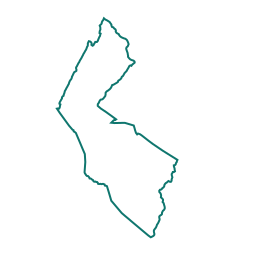 Cansanção, Bahia, Brazil, rotated 218°
{"feature_id": "56859067B78734570227472", "entity_name": "Cansanção", "entity_type": "district", "adm_level": 2, "iso_a3": "BRA", "parent_name": "Brazil", "parent_adm1": "Bahia", "projection": "mercator", "projection_center": [-39.43, -10.77], "detail": "fine", "context": "isolated", "style": "outline", "palette": "teal", "viewbox_px": 256, "rotation_deg": 218, "n_neighbors": 0, "source": "geoboundaries", "source_scale": "gbopen_adm2", "svg_char_len": 4082}
<svg xmlns="http://www.w3.org/2000/svg" viewBox="0 0 256 256"><g transform="rotate(218 128 128)"><path d="M214.5,199.6L214.0,197.7L214.0,196.2L213.7,195.2L213.1,194.1L213.0,193.1L213.3,192.2L213.3,191.2L212.0,190.5L211.0,189.3L210.4,188.6L210.0,187.2L209.4,186.0L208.8,185.2L207.7,185.5L207.2,184.2L206.7,183.2L206.6,182.0L206.2,180.5L205.9,179.4L205.4,177.9L205.5,176.6L206.8,175.7L206.6,174.6L206.5,173.3L206.2,171.9L206.6,171.0L208.0,171.0L208.7,172.3L209.8,172.8L210.9,172.9L212.3,172.3L212.0,170.8L211.6,169.7L210.9,168.9L210.3,167.9L210.2,166.7L209.7,165.3L209.3,164.0L209.2,162.6L209.0,161.5L208.8,160.3L208.7,159.0L208.3,157.5L208.2,156.6L207.9,155.1L207.7,154.0L207.6,153.0L207.5,151.9L207.3,150.8L207.0,149.8L207.0,148.7L206.8,147.7L206.6,146.6L206.3,145.3L206.2,143.8L205.6,143.0L204.4,142.1L203.9,141.2L204.2,140.1L204.7,139.2L204.6,138.0L204.3,136.7L203.9,135.1L203.8,134.0L203.3,133.2L203.0,132.3L202.8,131.2L202.9,130.2L202.7,128.8L202.2,127.2L201.7,126.0L201.6,124.7L201.3,123.5L201.1,121.8L200.7,119.9L200.5,118.2L199.7,116.5L199.2,114.8L198.6,113.7L199.0,112.6L198.9,111.5L198.2,110.6L198.1,109.4L197.9,108.1L197.7,106.8L197.5,105.8L197.0,104.9L195.8,105.0L195.3,103.7L194.5,102.3L194.2,101.0L195.3,100.2L195.9,99.5L190.8,97.8L175.8,93.5L170.8,92.5L169.5,92.7L168.7,91.9L167.0,92.1L166.0,92.0L155.9,86.4L152.7,84.6L146.0,80.9L140.7,74.9L135.0,66.4L134.0,65.7L133.1,65.5L132.1,65.1L131.0,64.9L129.9,65.5L128.5,65.3L127.2,64.6L126.4,65.2L125.3,65.3L124.4,65.2L123.4,65.4L122.4,64.8L121.5,64.9L120.6,65.8L119.7,65.9L119.0,66.4L118.0,66.2L117.2,65.6L116.2,66.1L115.4,67.0L114.5,67.3L113.3,68.6L111.7,69.1L110.8,68.4L109.8,68.9L108.8,69.2L103.8,65.7L96.4,60.4L80.6,57.1L76.5,56.9L70.2,56.7L68.8,56.6L45.9,55.8L42.8,55.9L42.1,57.3L41.5,58.7L41.5,60.0L42.0,60.8L43.3,61.8L44.1,62.6L44.6,63.4L44.7,64.8L44.7,66.7L45.1,68.3L45.6,69.6L45.7,71.4L46.0,72.8L46.3,73.9L46.5,74.8L47.0,75.7L48.1,76.5L48.9,77.6L48.7,79.1L48.3,80.0L48.2,80.9L49.1,82.3L49.5,84.2L49.2,85.8L49.5,87.2L50.3,88.2L51.3,89.0L52.2,89.6L53.6,90.7L55.2,91.0L55.6,92.2L56.4,93.2L57.7,93.5L59.4,93.6L60.1,94.9L60.8,95.6L61.7,96.3L62.8,96.7L63.8,96.8L64.7,97.7L64.8,99.0L64.1,99.7L63.8,100.8L63.9,101.8L63.5,102.8L63.5,104.2L64.2,105.4L64.4,106.6L64.3,107.9L63.9,108.8L63.7,110.0L63.5,111.1L62.5,111.3L61.6,111.5L61.0,112.2L61.2,113.3L62.0,114.4L62.3,115.3L62.7,116.5L63.7,117.2L64.5,117.8L65.2,118.6L65.3,119.8L65.6,120.9L64.7,121.6L64.3,122.8L65.5,123.8L66.3,124.7L67.3,125.4L68.3,126.1L68.9,126.8L68.2,127.6L68.0,128.6L68.6,129.8L68.6,131.0L69.0,131.8L69.4,133.3L85.8,131.6L86.9,131.5L98.7,130.7L104.1,130.6L106.8,130.6L110.7,130.6L112.5,130.6L114.6,130.5L116.7,129.8L116.9,128.6L118.8,129.1L120.1,130.0L120.9,130.5L122.6,131.8L125.0,133.5L133.7,130.1L134.7,129.3L141.8,123.5L144.4,121.9L144.2,123.5L144.1,124.6L143.8,125.7L143.0,126.4L142.7,127.5L154.8,127.1L161.4,126.6L165.4,126.8L166.1,127.6L166.5,128.4L166.5,129.7L166.8,130.9L167.1,132.3L167.0,133.5L166.1,134.4L165.6,135.8L165.6,137.5L165.6,139.2L166.4,140.8L167.3,141.9L167.4,143.2L167.2,144.2L166.8,145.1L166.6,146.0L166.3,147.2L166.2,148.1L166.2,149.4L166.6,151.0L166.9,152.2L166.1,153.1L165.8,154.0L165.3,155.2L164.7,156.7L164.3,158.1L164.8,159.3L164.4,160.4L164.0,161.7L163.9,163.0L164.4,164.5L164.0,165.9L164.1,166.9L164.3,167.9L164.5,169.2L164.3,171.0L164.2,172.3L164.5,173.6L164.6,174.8L164.8,176.2L165.1,177.6L164.7,178.8L163.6,179.1L163.7,180.5L163.3,182.2L163.0,183.6L163.8,184.4L165.1,184.5L166.2,184.1L167.3,183.7L168.6,183.5L169.7,183.6L170.7,183.8L171.8,184.1L172.5,185.1L173.3,185.7L174.4,186.8L175.3,187.4L176.3,188.0L177.2,188.6L178.2,189.3L178.8,190.6L178.5,192.2L178.8,193.3L179.1,194.4L179.9,195.0L180.7,195.5L181.6,196.0L182.9,196.6L183.9,196.7L185.0,196.7L186.2,196.2L187.6,195.8L188.8,195.5L189.8,195.4L190.7,195.4L192.0,195.7L193.2,196.3L194.4,196.0L195.7,195.9L197.0,196.4L197.7,197.5L198.7,198.0L200.2,197.9L201.5,198.3L202.8,197.8L204.1,198.5L204.8,199.3L205.8,199.6L206.9,199.9L207.7,200.2L209.0,200.1L209.9,200.0L210.9,199.9L212.2,199.6L213.3,199.5L214.5,199.6Z" fill="none" stroke="#0f766e" stroke-width="2"/></g></svg>